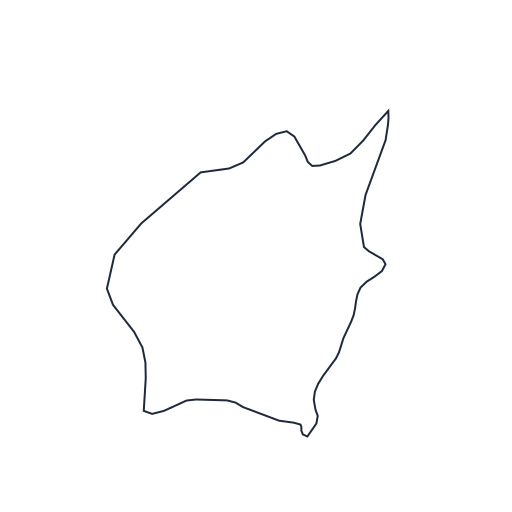 SVG path tracing the border of Tarlac, rotated 26°
{"feature_id": "PHL-2556", "entity_name": "Tarlac", "entity_type": "Province", "adm_level": 1, "iso_a3": "PHL", "parent_name": "Philippines", "parent_adm1": "", "projection": "equal_earth", "projection_center": [120.579, 15.519], "detail": "fine", "context": "isolated", "style": "outline", "palette": "slate", "viewbox_px": 512, "rotation_deg": 26, "n_neighbors": 0, "source": "natural_earth", "source_scale": "10m", "svg_char_len": 976}
<svg xmlns="http://www.w3.org/2000/svg" viewBox="0 0 512 512"><g transform="rotate(26 256 256)"><path d="M376.2,395.8L373.3,393.0L371.6,389.6L369.9,388.0L363.2,389.2L348.9,393.9L310.6,397.5L302.0,396.7L293.2,398.5L264.9,411.3L256.9,416.4L241.1,435.6L231.9,443.4L223.0,444.4L210.5,414.2L203.3,400.2L194.0,388.0L179.8,377.7L148.9,362.6L136.3,350.7L128.3,316.7L138.6,277.0L169.6,205.1L193.5,189.1L203.5,177.5L213.9,149.0L220.6,137.4L228.9,130.4L238.1,131.8L256.0,144.0L261.4,148.8L267.1,150.4L273.7,146.7L285.5,135.9L295.9,122.6L301.8,105.1L305.9,86.0L311.3,67.6L314.5,73.6L317.2,80.5L321.7,95.1L327.7,153.1L335.6,181.5L349.1,200.6L355.1,202.2L371.4,203.4L376.0,206.6L375.8,214.2L371.7,222.4L366.7,230.6L363.8,238.5L364.0,245.9L365.8,253.0L368.0,259.7L369.7,266.4L370.3,273.1L370.6,291.5L372.8,306.1L372.8,312.7L368.8,334.5L367.9,343.7L368.4,352.1L371.0,360.0L376.8,368.0L381.6,372.7L383.7,380.1L381.3,395.7L376.2,395.8Z" fill="none" stroke="#1e293b" stroke-width="2"/></g></svg>